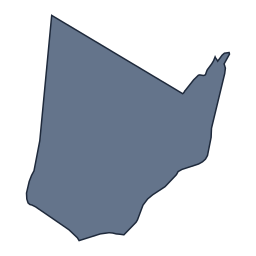 the District of Kgatleng
{"feature_id": "BWA-2646", "entity_name": "Kgatleng", "entity_type": "District", "adm_level": 1, "iso_a3": "BWA", "parent_name": "Botswana", "parent_adm1": "", "projection": "mercator", "projection_center": [26.553, -24.114], "detail": "fine", "context": "isolated", "style": "filled", "palette": "slate", "viewbox_px": 256, "rotation_deg": 0, "n_neighbors": 0, "source": "natural_earth", "source_scale": "10m", "svg_char_len": 878}
<svg xmlns="http://www.w3.org/2000/svg" viewBox="0 0 256 256"><path d="M229.1,52.5L229.5,54.1L224.1,63.9L225.4,68.1L224.7,73.6L211.5,128.2L211.1,137.4L207.5,155.5L205.5,159.1L202.5,161.8L198.6,164.0L182.0,169.4L178.1,171.6L176.4,174.7L165.0,186.7L152.8,194.7L147.7,198.9L143.0,205.1L137.5,219.8L136.1,222.2L123.9,234.8L119.6,234.2L116.2,233.9L112.6,233.0L109.1,232.7L100.3,233.9L79.1,240.6L77.4,237.8L69.0,229.8L54.2,219.6L38.7,209.0L35.7,206.9L31.9,205.0L29.9,204.5L28.1,203.0L26.8,199.0L26.5,193.1L29.2,181.5L31.5,175.5L34.0,170.8L39.8,140.7L51.7,15.4L182.7,93.7L183.4,93.1L184.1,92.3L184.7,91.0L185.0,90.8L193.7,79.8L198.4,75.2L199.8,74.9L203.4,75.5L204.8,75.2L205.6,74.3L206.7,71.1L207.4,69.6L211.7,63.9L213.6,60.7L215.1,56.9L215.6,58.0L217.1,60.1L217.7,61.2L222.1,55.2L224.4,53.2L228.0,52.7L229.0,52.5L229.1,52.5Z" fill="#64748b" stroke="#1e293b" stroke-width="1.5"/></svg>